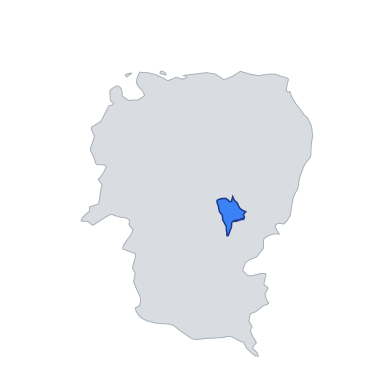 location of Rovieng, Preah Vihéar, Cambodia, rotated 109°
{"feature_id": "14789045B51869022105306", "entity_name": "Rovieng", "entity_type": "district", "adm_level": 2, "iso_a3": "KHM", "parent_name": "Cambodia", "parent_adm1": "Preah Vihéar", "projection": "orthographic", "projection_center": [105.174, 13.345], "detail": "fine", "context": "in_parent", "style": "filled", "palette": "blue", "viewbox_px": 384, "rotation_deg": 109, "n_neighbors": 0, "source": "geoboundaries", "source_scale": "gbopen_adm2", "svg_char_len": 7069}
<svg xmlns="http://www.w3.org/2000/svg" viewBox="0 0 384 384"><g transform="rotate(109 192 192)"><path d="M325.5,75.9L326.4,78.8L324.2,84.5L321.9,89.6L317.6,94.1L317.4,97.4L316.0,107.2L316.6,110.3L317.7,112.9L319.1,114.4L323.0,123.9L326.6,132.6L330.1,139.7L330.7,144.2L327.7,155.7L324.1,166.3L324.5,171.5L326.1,176.8L327.8,183.8L328.5,192.7L327.7,198.6L326.0,202.2L322.9,206.0L320.1,207.9L316.8,204.8L314.1,204.6L310.5,205.6L307.8,207.1L302.1,212.6L295.8,218.0L287.0,219.4L283.7,223.3L280.0,223.9L273.1,224.2L268.5,225.1L268.8,227.1L268.4,236.4L268.5,238.6L267.8,239.2L264.7,239.5L259.4,238.1L252.2,235.8L247.0,235.5L244.4,239.6L242.9,241.2L240.9,241.4L238.9,242.1L238.2,244.0L238.0,246.2L239.0,250.1L239.4,256.3L239.2,260.5L241.1,263.2L252.1,272.1L255.4,274.3L255.7,275.7L253.8,280.6L255.6,287.4L252.1,287.3L246.3,284.4L243.6,282.6L240.2,284.0L239.1,283.8L236.8,280.4L233.9,276.9L230.8,276.7L224.4,278.1L217.8,279.1L215.3,279.0L214.3,279.7L210.5,284.8L208.9,283.9L202.3,282.0L196.3,281.2L195.0,282.5L195.7,286.7L197.1,290.8L196.3,292.5L193.0,294.7L188.6,298.5L185.9,301.5L184.0,302.3L177.3,302.1L170.7,302.5L168.0,305.3L165.5,307.5L163.4,308.1L154.7,301.1L137.4,298.6L135.6,295.5L133.9,294.9L132.3,298.9L122.8,302.7L118.8,300.3L115.9,297.5L116.4,294.0L119.1,291.2L123.9,289.2L126.1,282.1L122.5,273.0L119.4,270.4L116.1,268.2L112.6,271.6L109.6,277.4L106.6,280.3L102.2,281.0L95.9,280.7L93.5,272.0L92.8,264.6L93.7,256.1L94.7,251.1L88.7,244.2L88.4,237.6L85.5,234.2L84.6,235.9L84.7,237.8L83.8,236.4L74.4,217.0L72.9,208.0L74.6,201.2L75.6,198.8L72.9,195.2L69.0,191.0L62.2,185.6L61.8,177.0L60.4,166.9L58.4,163.5L55.3,157.2L53.7,152.1L53.3,138.5L54.2,137.4L59.0,137.1L65.2,136.1L66.2,134.0L65.2,132.1L69.2,129.1L74.9,122.4L79.4,115.4L82.6,111.0L84.5,106.6L90.9,100.4L99.8,96.1L105.8,95.2L112.0,93.7L118.0,91.7L120.8,91.5L128.2,94.1L132.2,94.8L136.4,94.7L140.7,95.0L144.5,94.8L153.6,93.1L163.2,94.5L171.8,93.4L182.4,91.4L187.6,92.7L192.4,94.7L193.0,98.9L194.1,100.8L195.7,102.2L197.8,102.2L200.5,99.3L202.8,96.4L203.5,95.8L203.7,97.3L204.8,100.5L206.8,103.7L208.9,105.8L212.3,108.6L214.5,108.7L221.8,106.1L232.7,109.9L234.0,111.8L237.5,115.7L241.3,118.5L249.8,118.7L252.9,111.8L251.4,107.6L246.5,100.2L245.2,95.9L246.7,95.1L254.9,94.3L256.2,93.4L258.0,88.7L260.2,89.2L264.8,89.8L269.6,86.5L272.4,83.1L274.0,84.6L275.7,87.0L277.6,88.4L281.0,90.4L284.9,93.3L287.2,96.1L289.2,97.2L294.0,96.4L295.3,96.5L298.1,93.0L300.1,91.2L301.8,91.7L304.2,91.6L309.3,87.2L312.2,83.2L313.7,82.1L318.3,84.0L320.1,83.6L322.7,78.1L325.5,75.9ZM90.4,260.6L89.4,261.1L88.5,261.1L87.6,260.3L87.7,257.2L88.4,255.3L90.0,254.9L90.4,260.6ZM104.6,291.3L102.7,293.3L99.6,289.0L99.6,287.8L104.6,291.3Z" fill="#d9dde1" stroke="#a8b0b8" stroke-width="1"/><path d="M197.6,162.0L197.7,161.9L198.2,161.6L198.5,161.5L199.2,161.1L199.5,161.0L199.8,160.8L200.2,160.5L200.4,160.4L200.5,160.4L200.9,160.0L201.2,159.9L201.4,159.6L202.1,159.1L202.3,158.8L202.7,158.3L202.9,157.9L203.0,157.7L203.2,157.1L203.4,156.8L203.7,156.5L203.9,156.2L204.0,156.1L204.4,155.8L204.6,155.6L205.0,155.4L205.5,155.2L205.9,154.9L206.0,154.9L206.4,154.6L206.8,154.4L206.9,154.5L207.1,154.4L207.3,154.3L208.1,154.0L208.3,153.9L208.6,153.7L208.8,153.5L209.1,153.1L209.6,152.5L210.0,152.1L210.3,151.8L210.7,151.3L210.9,151.1L211.3,150.7L211.5,150.5L211.5,150.4L211.8,150.1L212.0,150.0L212.0,149.9L212.2,149.7L212.5,149.1L212.8,148.8L213.1,148.7L213.7,148.4L213.8,148.3L214.0,148.2L214.3,148.1L214.9,147.7L215.0,147.7L215.4,147.6L215.7,147.5L216.1,147.3L216.7,147.1L217.1,147.0L217.4,146.8L217.5,146.8L217.6,146.7L217.9,146.5L218.5,146.2L218.9,145.8L219.1,145.7L219.4,145.6L219.7,145.5L220.0,145.4L221.3,145.1L221.5,145.1L221.6,144.9L221.8,144.7L222.1,144.3L222.2,144.1L222.3,144.1L221.4,143.7L220.8,143.6L220.6,143.5L220.1,143.5L219.8,143.6L219.6,143.5L219.3,143.6L219.2,143.6L218.9,143.5L218.7,143.5L218.1,143.5L217.7,143.5L217.3,143.5L217.1,143.5L216.8,143.5L216.6,143.5L216.3,143.5L216.0,143.5L215.8,143.5L215.5,143.5L215.1,143.4L214.9,143.4L214.6,143.4L214.3,143.4L214.1,143.4L213.9,143.4L213.4,143.3L213.2,143.3L212.8,143.5L212.6,143.5L212.4,143.4L212.1,143.4L211.4,143.5L211.1,143.5L210.7,143.7L210.5,143.8L210.3,143.9L210.2,143.9L209.8,144.0L209.4,144.2L209.1,144.2L208.8,144.3L208.6,144.3L208.4,144.4L208.2,144.3L207.7,144.4L207.4,144.1L207.1,143.9L206.8,143.7L206.7,143.7L206.4,143.6L206.2,143.4L205.7,143.3L205.7,143.2L205.4,142.8L205.1,142.7L204.9,142.4L205.0,142.2L205.3,142.3L205.4,142.5L205.5,142.5L205.5,142.4L205.6,142.2L205.9,142.1L205.9,141.9L205.6,141.8L205.4,141.8L205.1,141.7L204.9,141.5L204.7,141.4L204.9,141.0L205.1,140.9L205.2,140.7L205.3,140.7L205.3,140.4L205.1,140.3L204.8,140.4L204.6,140.6L204.4,140.7L204.4,140.8L204.2,140.9L204.1,140.7L204.3,140.4L204.4,140.2L204.3,139.9L204.2,139.9L203.7,140.1L203.5,139.9L203.4,139.7L203.3,139.4L203.5,139.2L203.8,139.0L203.9,138.8L204.0,138.8L204.0,138.7L203.9,138.6L203.6,138.6L203.3,138.4L203.2,138.4L203.0,138.2L203.0,137.8L203.0,137.7L202.8,137.6L202.7,137.5L202.4,137.5L202.4,137.4L202.5,137.2L202.5,136.9L202.4,136.8L202.1,136.9L202.0,137.0L201.9,137.1L201.7,137.1L201.6,136.9L201.7,136.5L201.7,136.4L201.4,136.3L201.2,136.5L200.9,136.4L200.7,136.0L200.7,135.9L200.8,135.7L201.0,135.5L200.9,135.5L200.8,135.4L200.7,135.3L200.6,135.2L200.7,134.9L200.8,134.8L201.0,134.8L201.0,134.6L200.9,134.5L200.7,134.6L200.4,134.5L200.1,134.5L200.0,134.4L200.2,134.2L199.8,134.2L199.1,134.2L198.8,134.2L198.7,134.3L198.4,134.5L198.2,134.7L197.9,135.1L197.7,135.3L197.4,135.5L197.0,135.7L196.9,135.8L196.6,135.9L196.3,135.9L196.1,135.9L195.4,135.6L194.6,135.4L194.1,135.2L193.7,135.0L193.2,134.7L193.1,135.3L193.0,135.7L192.9,136.9L192.8,138.2L192.8,138.6L192.7,138.8L192.7,139.1L192.6,139.3L192.4,139.7L192.3,139.9L192.3,140.1L192.0,140.9L191.8,141.4L191.8,141.5L191.7,141.6L191.4,141.9L191.2,142.1L190.6,142.8L189.7,143.9L189.1,144.4L188.9,144.5L188.4,145.0L188.1,145.2L187.9,145.4L187.6,145.8L187.5,146.0L187.4,146.2L187.1,146.8L187.0,147.0L186.9,147.2L186.8,147.6L186.6,148.2L186.3,148.7L186.1,149.2L185.8,149.5L185.3,150.0L185.2,150.1L185.0,150.3L184.3,150.9L183.7,151.4L183.1,152.0L184.4,151.9L185.2,151.8L185.3,151.8L185.9,151.9L186.2,151.9L186.3,151.9L187.3,151.8L187.9,151.8L188.0,151.7L188.1,151.8L188.3,151.9L188.6,152.4L188.7,152.8L188.8,153.2L188.7,153.4L188.6,153.8L188.5,154.0L188.4,154.3L188.4,154.5L188.3,154.8L188.2,155.0L188.0,155.3L187.8,155.5L187.7,155.5L187.7,155.9L187.8,156.1L187.7,156.3L187.4,156.5L187.3,157.0L187.4,157.3L187.4,157.5L187.3,157.9L187.3,158.0L187.2,158.0L187.4,158.4L187.4,158.5L187.4,158.8L187.4,159.1L187.5,159.4L187.6,159.6L187.8,159.8L188.0,159.9L188.0,160.0L188.0,160.3L188.0,160.5L188.0,160.8L188.1,161.0L188.3,161.2L188.5,161.5L188.9,161.8L188.9,162.2L189.0,162.2L189.0,162.3L189.1,162.5L189.3,162.9L189.4,163.1L189.6,163.1L189.7,163.3L189.7,163.5L190.1,163.9L190.4,164.4L190.8,164.7L191.0,165.0L191.4,165.3L191.5,165.4L192.1,165.5L192.6,165.5L193.5,165.0L193.7,164.8L194.2,164.5L195.2,163.7L195.4,163.6L195.8,163.2L196.1,163.0L196.3,162.9L196.9,162.4L197.0,162.3L197.6,162.0Z" fill="#3b82f6" stroke="#1e3a8a" stroke-width="1.5"/></g></svg>